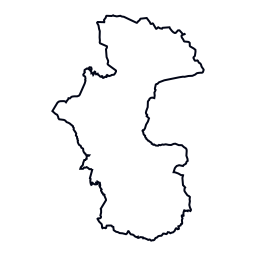 Ea Kar, Đắk Lắk, Vietnam
{"feature_id": "81297802B96415917644052", "entity_name": "Ea Kar", "entity_type": "district", "adm_level": 2, "iso_a3": "VNM", "parent_name": "Vietnam", "parent_adm1": "Đắk Lắk", "projection": "robinson", "projection_center": [108.562, 12.804], "detail": "fine", "context": "isolated", "style": "outline", "palette": "ink", "viewbox_px": 256, "rotation_deg": 0, "n_neighbors": 0, "source": "geoboundaries", "source_scale": "gbopen_adm2", "svg_char_len": 5779}
<svg xmlns="http://www.w3.org/2000/svg" viewBox="0 0 256 256"><path d="M185.2,33.5L184.6,33.9L182.9,34.5L181.8,32.9L179.5,30.4L179.0,30.3L178.0,30.4L175.7,32.9L174.8,33.0L173.4,32.3L171.9,30.9L170.0,28.5L169.5,27.3L162.7,27.8L162.4,28.0L162.0,28.7L160.0,28.3L158.2,27.3L156.6,28.7L156.2,28.8L155.8,28.4L153.0,23.6L152.5,23.4L151.5,23.9L150.6,23.8L149.8,22.1L146.7,18.0L140.6,18.7L140.1,19.2L139.6,20.2L138.3,21.2L137.1,22.7L136.6,22.8L123.9,16.8L121.8,16.5L120.3,15.8L116.8,16.4L113.1,15.6L113.0,15.4L111.6,16.0L106.7,15.8L106.2,16.1L105.7,17.7L104.0,20.0L104.3,21.4L104.2,22.2L97.7,22.0L97.1,22.6L97.2,23.1L98.5,25.4L99.1,29.0L99.8,31.1L99.6,37.4L99.9,40.7L99.7,42.4L100.1,43.3L106.9,46.3L107.0,47.0L106.8,47.8L106.0,49.3L106.6,57.1L108.1,60.7L108.1,62.2L107.6,63.6L107.7,64.2L108.4,65.0L115.7,70.3L116.0,70.7L116.0,71.5L115.0,73.5L113.9,74.7L111.6,75.0L110.8,75.6L109.0,76.1L107.1,75.0L106.5,75.5L106.8,76.6L106.5,77.0L105.0,76.9L103.6,77.8L103.1,77.9L102.3,76.2L101.9,76.1L101.2,76.9L99.9,76.4L99.3,75.5L98.2,74.9L97.7,73.7L96.1,74.3L95.5,73.3L95.2,71.9L94.7,71.6L94.0,72.4L93.7,74.2L93.2,74.9L92.6,73.2L92.3,73.0L91.4,73.3L91.4,72.0L90.1,70.4L90.0,69.6L91.2,70.2L91.5,69.7L91.6,68.9L91.2,67.5L89.7,67.2L89.2,67.5L88.4,69.1L87.1,68.4L84.7,69.9L84.4,71.3L84.9,72.1L83.3,74.5L83.5,75.6L84.7,76.2L85.2,76.8L85.5,78.8L85.1,79.9L85.5,80.7L84.7,83.5L79.7,94.8L78.9,95.7L77.3,96.3L74.4,96.3L72.1,96.6L71.2,97.1L69.9,98.4L68.5,98.2L68.1,99.4L67.2,100.4L66.0,102.3L65.1,101.4L63.9,101.1L60.3,101.2L58.6,101.7L57.4,102.8L52.4,111.1L55.4,113.8L57.2,114.8L58.1,116.7L58.4,118.2L59.2,119.3L63.9,119.9L65.3,120.6L66.6,122.1L68.5,122.8L70.2,123.8L70.6,124.4L71.5,124.8L71.9,125.4L73.0,126.2L73.0,126.9L73.8,128.0L73.6,129.5L74.5,130.9L75.2,131.6L75.2,132.0L76.2,133.4L75.9,135.5L77.0,136.7L77.1,138.3L77.5,138.6L77.4,139.7L78.0,140.4L77.7,141.8L78.3,143.5L79.2,145.0L80.6,145.7L81.4,147.7L83.0,148.6L83.2,149.1L83.2,150.2L83.5,151.5L84.4,153.0L85.4,153.6L85.4,154.2L85.8,154.8L86.4,155.1L89.2,155.3L88.9,155.7L88.3,155.5L87.8,155.9L87.2,155.9L86.6,156.7L86.7,158.8L86.0,159.0L85.4,160.0L84.3,160.0L83.2,162.9L82.9,164.9L80.8,167.3L80.3,168.8L82.7,168.8L83.2,168.7L84.2,167.5L85.8,167.6L86.7,167.1L88.6,168.4L89.3,169.1L91.1,169.1L91.6,169.8L92.2,169.9L89.9,178.3L90.6,179.0L90.3,180.2L90.4,182.1L90.8,184.0L91.3,184.9L91.7,184.7L92.3,183.8L92.2,182.7L92.5,182.7L93.0,183.4L94.2,184.1L95.1,184.4L96.6,184.3L97.0,184.1L97.0,183.6L96.3,183.2L96.1,182.6L96.7,182.5L97.2,183.0L97.4,181.6L98.9,182.5L99.3,183.5L99.5,182.8L99.8,182.8L100.1,184.5L99.4,184.6L99.3,185.0L99.4,185.4L99.8,185.1L100.1,185.3L100.2,185.7L100.0,186.6L100.1,187.4L101.6,189.4L101.0,190.2L101.0,190.7L101.8,191.8L101.9,192.7L102.7,193.1L103.2,194.6L103.5,194.7L104.0,194.4L104.5,194.7L104.4,195.7L105.9,199.2L106.0,200.2L100.7,208.9L101.1,209.8L101.1,212.6L100.4,215.5L101.0,216.6L100.9,217.5L100.6,217.9L99.8,218.3L98.0,218.4L97.5,218.9L99.1,221.6L101.6,224.1L101.9,225.2L102.1,227.5L102.5,228.2L103.9,227.7L105.5,228.2L106.1,227.9L106.4,226.2L106.8,225.6L110.8,225.5L111.6,225.7L112.1,226.5L113.3,226.9L113.7,230.1L114.3,230.6L116.2,231.8L117.8,232.1L119.7,233.1L122.4,233.3L126.0,234.2L126.9,233.6L128.2,231.2L128.6,231.2L130.2,233.6L131.0,234.4L132.8,234.6L133.5,235.2L134.2,235.5L134.8,236.3L136.4,237.1L137.6,236.8L137.4,237.4L137.6,237.7L138.3,237.9L140.5,237.1L142.9,237.4L143.1,237.5L143.2,238.3L144.6,238.2L147.4,239.4L148.2,239.9L149.3,239.5L149.8,239.5L150.9,240.5L151.6,240.6L152.3,240.2L153.3,240.3L154.3,239.9L155.6,237.9L156.7,237.7L158.3,236.2L159.3,235.9L161.5,235.7L163.2,233.6L164.7,233.7L166.2,234.1L167.0,233.7L167.8,232.2L169.1,232.3L170.4,233.2L171.8,232.6L172.9,232.4L174.5,231.1L175.8,228.5L176.1,228.3L176.6,228.3L177.5,229.2L178.7,229.0L178.9,228.7L178.7,228.0L178.8,226.9L178.4,226.3L180.6,225.4L181.1,224.0L182.0,223.8L182.2,223.1L181.9,220.0L182.5,218.5L181.8,216.5L181.8,215.5L182.5,215.2L183.2,215.9L183.6,215.7L183.4,214.2L183.5,212.5L184.2,210.3L184.6,210.3L185.1,211.0L186.6,210.7L187.6,211.1L187.8,210.5L188.1,210.4L189.8,210.7L190.4,211.0L190.9,210.2L190.9,209.4L190.0,207.7L189.3,204.9L189.9,201.2L189.6,199.4L189.9,197.0L189.1,196.2L187.4,195.3L185.0,191.9L184.5,191.0L184.4,189.9L184.6,188.4L185.2,187.5L183.0,185.1L182.4,177.9L183.1,175.2L182.9,175.1L181.1,175.1L178.3,173.5L175.0,172.3L173.6,172.2L174.8,168.3L175.4,167.4L176.7,166.0L179.1,165.2L183.0,166.0L183.6,165.1L185.6,163.9L186.1,163.5L186.3,162.4L186.8,161.5L187.7,160.9L187.5,158.9L186.4,155.7L186.7,150.8L186.5,149.3L185.8,148.3L183.8,147.0L181.9,145.2L178.7,145.1L175.3,143.7L173.6,143.9L171.1,145.0L168.7,144.9L165.8,144.3L163.6,144.7L162.4,144.5L160.4,145.2L159.0,144.9L158.1,145.7L155.7,145.5L154.2,144.5L153.3,144.8L152.6,144.1L151.7,143.8L151.4,142.7L149.2,141.3L148.8,140.8L148.0,140.6L147.3,139.6L146.4,139.0L146.2,138.1L145.6,137.7L145.1,136.7L145.1,135.7L144.1,134.9L143.6,134.2L143.2,132.2L142.5,130.8L142.8,130.2L143.5,130.2L143.9,130.0L145.0,128.3L146.1,124.6L147.9,121.6L149.0,118.3L146.6,116.1L147.2,115.2L147.2,114.8L146.1,113.7L145.9,112.6L146.3,110.9L147.7,107.2L147.9,101.6L148.6,100.4L149.1,100.0L149.6,98.7L151.0,97.8L152.3,97.6L154.3,98.1L154.7,95.5L154.4,92.6L155.5,90.3L155.5,89.7L155.0,89.4L154.9,88.6L155.8,84.5L156.6,84.0L157.4,83.9L159.0,82.3L164.3,80.3L179.1,77.3L182.9,76.7L184.7,76.8L188.4,76.0L192.4,75.8L195.3,74.5L196.6,73.4L197.4,73.1L199.1,72.8L202.0,72.7L202.5,72.5L203.0,71.9L203.6,70.1L203.6,69.5L201.6,66.7L201.0,64.6L200.3,63.5L198.8,62.6L197.9,60.8L197.4,60.4L196.1,60.7L195.0,60.7L194.5,60.1L193.5,58.1L193.5,57.4L194.8,56.0L195.0,55.2L195.5,51.7L195.4,49.8L193.6,48.4L190.1,46.4L189.8,45.9L189.7,42.9L189.0,42.2L188.4,41.9L184.4,41.5L183.9,41.1L183.3,39.6L181.9,37.6L181.5,36.2L181.6,35.5L182.5,34.9L184.8,34.1L185.2,33.5Z" fill="none" stroke="#020617" stroke-width="2"/></svg>